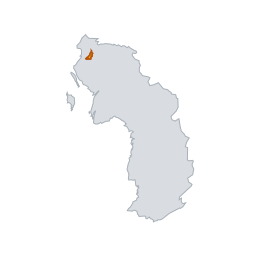 Älmhult, Kronoberg, Sweden (highlighted), rotated 128°
{"feature_id": "70781695B11327054975431", "entity_name": "Älmhult", "entity_type": "district", "adm_level": 2, "iso_a3": "SWE", "parent_name": "Sweden", "parent_adm1": "Kronoberg", "projection": "robinson", "projection_center": [14.182, 56.617], "detail": "fine", "context": "in_parent", "style": "filled", "palette": "amber", "viewbox_px": 256, "rotation_deg": 128, "n_neighbors": 0, "source": "geoboundaries", "source_scale": "gbopen_adm2", "svg_char_len": 4754}
<svg xmlns="http://www.w3.org/2000/svg" viewBox="0 0 256 256"><g transform="rotate(128 128 128)"><path d="M65.0,168.4L65.8,170.2L67.6,170.0L68.4,168.7L69.4,164.9L68.2,160.7L69.8,159.3L70.9,156.9L73.4,156.3L76.8,153.6L77.1,151.0L77.9,149.0L75.1,143.1L74.9,141.6L79.2,140.8L81.1,136.9L78.2,134.4L73.6,132.0L75.3,124.4L73.4,120.3L73.7,118.6L73.4,115.9L74.5,114.8L72.4,110.9L74.6,108.2L74.2,106.8L80.6,101.4L84.7,100.4L92.4,101.2L94.2,99.1L94.3,97.9L93.6,95.2L89.3,93.6L93.9,88.7L97.6,84.2L98.3,79.7L99.1,77.9L98.2,73.6L103.1,73.1L107.5,71.3L106.8,68.9L116.4,61.7L116.6,60.4L115.9,59.2L113.6,57.0L114.2,55.9L116.8,55.3L118.0,54.4L119.9,50.9L125.0,48.3L130.8,50.1L133.2,47.0L133.0,42.8L135.0,42.4L150.5,45.0L153.0,43.5L150.3,42.7L152.9,41.0L153.6,39.9L153.8,38.7L153.7,38.1L151.5,36.5L156.3,36.3L158.9,37.1L159.2,38.0L169.9,42.9L178.3,44.9L180.8,46.3L181.7,47.9L183.0,47.9L184.6,49.4L186.3,50.2L185.0,51.2L185.2,53.5L185.7,54.5L185.0,56.5L187.8,57.0L188.3,58.2L186.9,59.4L187.2,60.8L190.9,64.8L190.1,66.2L189.9,67.8L188.4,69.1L188.3,70.3L188.6,72.0L189.2,72.8L190.8,73.3L193.6,77.7L191.0,78.0L189.0,77.4L184.4,78.0L183.2,78.6L179.6,76.9L177.6,77.8L176.2,77.0L175.1,78.4L174.9,80.4L173.2,80.2L173.9,80.9L171.7,81.2L171.5,81.5L172.0,82.0L171.3,82.6L168.2,82.8L167.9,83.4L168.8,84.2L168.8,84.7L166.8,84.0L168.2,85.4L168.5,86.4L164.4,90.6L165.9,91.7L167.2,94.1L168.5,95.2L168.0,96.3L163.7,99.0L161.3,103.2L155.8,105.9L152.8,106.6L151.0,108.6L148.7,108.0L148.7,109.1L147.2,108.4L146.1,110.2L144.1,111.6L141.9,111.4L141.6,111.6L142.3,112.1L139.8,112.4L139.0,114.0L137.1,114.4L136.8,114.9L138.8,115.0L138.4,116.2L136.2,116.9L135.5,117.7L134.5,117.6L134.7,117.0L133.2,117.1L132.7,116.3L132.5,116.5L133.5,118.6L132.8,119.4L134.2,120.2L130.2,122.2L127.8,121.4L127.5,122.0L128.0,123.7L130.2,125.1L128.9,126.0L127.6,130.0L128.6,132.5L125.8,131.9L126.0,132.8L125.2,133.9L125.6,135.5L125.3,136.5L126.0,137.5L125.6,137.9L126.1,142.3L127.0,144.2L126.7,145.7L127.9,146.5L130.3,146.6L131.1,147.9L134.1,147.1L136.4,149.6L140.6,151.6L140.4,153.0L143.1,154.0L144.7,155.8L145.3,157.4L145.1,158.4L141.1,161.1L137.9,162.9L134.7,163.9L134.8,164.4L136.5,164.5L140.4,163.3L141.6,164.4L139.5,164.9L139.1,166.4L138.2,167.4L129.4,170.9L128.3,172.0L124.4,173.7L117.4,173.6L116.3,174.0L122.4,174.7L123.9,176.0L121.0,176.8L122.3,179.8L121.6,180.6L121.6,184.0L120.5,184.0L120.1,185.4L120.7,188.8L121.2,189.8L121.0,190.7L119.4,193.0L120.0,195.8L118.1,200.7L116.0,203.6L114.4,207.5L112.5,208.9L110.4,208.0L107.1,208.5L101.2,208.3L100.4,208.7L100.9,210.1L98.7,209.9L95.0,212.9L94.8,214.4L96.4,217.2L94.5,219.0L90.5,218.5L85.2,219.7L80.4,218.8L81.0,217.8L81.4,214.1L76.0,206.6L78.6,207.3L79.6,206.9L78.0,204.5L80.2,204.3L80.9,203.4L80.5,202.0L78.7,201.4L77.2,199.2L75.6,198.0L72.7,193.6L71.7,190.5L70.7,190.8L69.9,187.3L68.3,186.7L68.0,183.2L66.4,182.8L65.4,181.2L65.2,178.1L63.3,177.7L63.6,176.2L63.0,170.8L62.4,169.1L62.9,167.8L64.0,167.7L65.0,168.4ZM147.2,185.1L146.3,185.4L145.8,186.4L144.4,186.9L144.2,190.0L145.5,191.2L144.2,191.7L143.4,193.3L141.0,194.4L140.1,195.5L139.6,197.0L137.5,197.8L139.0,195.6L136.9,192.9L137.4,192.0L137.2,189.0L141.4,185.2L143.3,184.7L144.2,185.1L144.6,184.2L145.2,184.0L147.2,185.1ZM120.2,206.6L119.1,207.2L118.8,206.3L118.8,202.7L121.1,198.4L122.2,198.1L125.0,192.3L125.3,191.9L126.3,192.3L125.6,192.8L125.6,193.8L123.8,196.9L123.4,198.9L122.7,199.4L120.2,206.6ZM148.0,183.9L147.8,184.8L146.7,184.1L147.7,183.1L149.8,183.3L148.0,183.9ZM142.4,161.5L141.1,162.9L140.8,162.3L141.0,161.6L142.4,161.5ZM139.6,168.5L138.9,168.6L139.4,167.7L140.3,167.5L139.6,168.5Z" fill="#d9dde1" stroke="#a8b0b8" stroke-width="1"/><path d="M98.5,203.9L98.8,203.9L99.1,203.9L99.3,204.0L99.4,203.7L99.5,203.6L99.4,203.4L99.3,203.2L99.3,202.8L99.2,202.7L98.9,202.4L98.7,202.3L98.5,202.2L97.9,202.1L97.7,202.2L97.6,202.3L97.5,202.1L97.6,201.9L97.6,201.6L97.7,201.4L97.8,201.2L97.5,201.1L97.3,200.9L97.3,200.6L97.3,200.3L97.1,200.1L96.8,200.0L96.6,199.8L96.3,199.7L96.2,199.7L96.1,199.9L95.9,200.1L95.7,200.2L95.6,200.3L95.5,200.5L95.3,200.5L95.2,200.7L95.0,200.9L94.7,200.9L94.3,200.9L94.2,200.9L93.9,200.6L93.9,200.4L93.7,200.3L93.3,200.5L93.2,200.7L92.9,200.8L92.7,201.1L92.7,201.3L92.6,201.5L92.4,201.5L92.2,201.4L91.8,201.5L91.6,201.8L91.0,201.8L90.8,201.8L90.8,202.1L90.8,202.3L91.0,202.6L91.1,202.8L91.1,203.1L90.9,203.3L90.7,203.3L90.4,203.5L90.3,203.8L90.1,203.9L89.8,204.0L89.7,204.0L89.6,204.4L89.8,204.2L90.2,204.1L90.7,204.0L91.2,204.0L91.6,204.0L92.0,203.9L92.5,203.8L92.8,203.8L93.2,203.7L93.3,203.6L93.4,203.4L93.6,203.0L93.8,202.9L94.0,202.8L94.2,203.0L94.4,203.1L94.7,203.2L94.8,203.3L95.3,203.3L95.7,203.3L95.9,203.3L96.4,203.3L96.7,203.5L97.2,203.6L97.3,203.7L98.0,203.7L98.3,203.7L98.5,203.8L98.5,203.9Z" fill="#f59e0b" stroke="#b45309" stroke-width="1.5"/></g></svg>